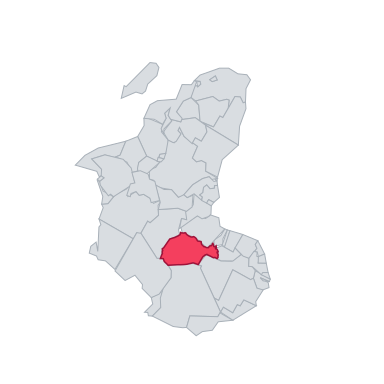 location of Niger within Africa, rotated 210°
{"feature_id": "NER", "entity_name": "Niger", "entity_type": "country or territory", "adm_level": 0, "iso_a3": "NER", "parent_name": "Africa", "parent_adm1": "", "projection": "mercator", "projection_center": [6.366, 17.607], "detail": "fine", "context": "in_parent", "style": "filled", "palette": "rose", "viewbox_px": 384, "rotation_deg": 210, "n_neighbors": 49, "source": "natural_earth", "source_scale": "50m", "svg_char_len": 12887}
<svg xmlns="http://www.w3.org/2000/svg" viewBox="0 0 384 384"><g transform="rotate(210 192 192)"><path d="M249.2,200.4L266.8,212.9L266.7,225.6L270.5,231.8L267.9,233.8L251.3,235.9L248.6,228.8L238.6,225.1L234.9,219.0L234.0,212.3L238.7,208.5L237.5,201.0L249.2,200.4Z" fill="#d9dde1" stroke="#a8b0b8" stroke-width="1"/><path d="M107.3,102.3L107.3,108.0L96.4,107.8L96.5,117.2L93.4,117.5L93.2,124.5L79.4,125.7L92.6,101.3L107.3,102.3Z" fill="#d9dde1" stroke="#a8b0b8" stroke-width="1"/><path d="M234.0,212.3L238.6,225.1L231.9,225.8L230.7,236.8L234.9,238.1L235.2,241.8L226.7,236.2L210.0,234.4L208.6,221.6L203.2,220.4L199.6,224.0L194.4,224.2L190.6,216.9L176.8,216.6L181.5,212.3L184.8,213.8L189.5,209.0L195.0,198.7L198.0,183.3L201.1,180.5L210.9,183.8L221.7,179.7L227.4,179.8L230.9,183.0L235.2,181.9L240.1,189.9L235.7,195.3L234.0,212.3Z" fill="#d9dde1" stroke="#a8b0b8" stroke-width="1"/><path d="M274.7,202.9L272.7,188.0L276.5,183.1L286.0,180.6L295.4,170.5L281.7,166.5L278.0,161.9L279.9,158.8L284.8,162.3L306.5,156.9L303.0,170.3L295.2,183.2L274.7,202.9Z" fill="#d9dde1" stroke="#a8b0b8" stroke-width="1"/><path d="M266.8,212.9L249.2,200.4L252.9,190.9L249.5,183.1L253.8,178.9L263.2,185.3L275.6,184.2L272.7,188.0L274.7,202.9L266.8,212.9Z" fill="#d9dde1" stroke="#a8b0b8" stroke-width="1"/><path d="M218.1,169.8L215.5,168.3L214.4,167.3L214.7,163.5L209.3,155.0L212.9,144.4L215.8,144.6L215.7,129.3L219.5,129.2L219.5,122.1L259.0,122.1L261.1,134.1L264.2,136.3L259.0,139.9L257.0,151.7L250.3,161.7L249.4,168.2L245.3,156.2L240.7,164.4L236.1,162.8L232.7,165.8L225.3,165.6L219.7,162.9L215.8,168.4L218.1,169.8Z" fill="#d9dde1" stroke="#a8b0b8" stroke-width="1"/><path d="M215.6,130.7L215.8,144.6L212.9,144.4L209.3,155.0L212.4,159.9L196.1,170.9L187.1,172.5L182.7,165.3L187.8,163.8L184.8,152.5L181.3,148.9L187.0,141.1L189.2,127.9L185.7,119.0L189.1,117.0L215.6,130.7Z" fill="#d9dde1" stroke="#a8b0b8" stroke-width="1"/><path d="M190.7,296.7L192.3,294.8L197.7,298.4L202.5,296.2L202.5,282.5L205.8,290.1L208.2,289.7L213.9,284.3L221.7,285.1L234.3,272.7L240.1,273.3L242.6,281.0L242.3,286.4L239.6,286.0L238.4,289.8L240.4,291.8L245.6,289.8L243.5,297.3L230.2,312.9L222.1,317.6L211.4,317.3L203.1,321.0L197.4,318.4L196.9,308.5L190.7,296.7ZM232.8,298.1L229.7,297.7L226.2,301.6L229.8,304.2L232.8,298.1Z" fill="#d9dde1" stroke="#a8b0b8" stroke-width="1"/><path d="M232.8,298.1L229.8,304.2L226.2,301.6L229.7,297.7L232.8,298.1Z" fill="#d9dde1" stroke="#a8b0b8" stroke-width="1"/><path d="M240.1,273.3L229.6,270.6L220.4,257.3L226.3,258.0L237.1,249.6L245.6,253.7L245.0,266.4L240.1,273.3Z" fill="#d9dde1" stroke="#a8b0b8" stroke-width="1"/><path d="M234.3,272.7L221.7,285.1L213.9,284.3L208.2,289.7L205.8,290.1L202.5,282.5L202.5,271.9L205.8,271.7L205.9,259.1L220.4,257.3L229.6,270.6L234.3,272.7Z" fill="#d9dde1" stroke="#a8b0b8" stroke-width="1"/><path d="M202.5,271.9L202.5,296.2L197.7,298.4L192.3,294.8L190.7,296.7L186.9,291.1L183.7,272.8L175.3,255.8L219.8,256.8L205.9,259.1L205.8,271.7L202.5,271.9Z" fill="#d9dde1" stroke="#a8b0b8" stroke-width="1"/><path d="M80.6,151.6L77.5,147.7L82.5,141.7L87.7,141.2L95.7,148.0L97.9,155.5L80.7,155.7L80.1,153.1L90.1,151.9L80.6,151.6Z" fill="#d9dde1" stroke="#a8b0b8" stroke-width="1"/><path d="M97.9,155.5L95.7,148.0L97.4,145.4L117.8,145.0L114.7,111.4L119.8,111.3L146.7,130.3L146.8,132.6L150.4,132.2L148.4,144.8L132.7,146.8L122.9,152.0L118.2,162.5L109.5,163.1L105.8,156.0L102.4,157.5L97.9,155.5Z" fill="#d9dde1" stroke="#a8b0b8" stroke-width="1"/><path d="M79.4,125.7L93.2,124.5L93.4,117.5L96.5,117.2L96.4,107.8L107.3,108.0L107.3,102.3L119.8,111.3L114.7,111.4L117.8,145.0L97.4,145.4L95.7,148.0L87.7,141.2L81.4,142.8L82.0,128.9L79.4,125.7Z" fill="#d9dde1" stroke="#a8b0b8" stroke-width="1"/><path d="M145.2,176.4L142.4,176.8L141.8,166.7L138.8,162.2L145.7,156.2L148.9,161.3L145.3,168.8L145.2,176.4Z" fill="#d9dde1" stroke="#a8b0b8" stroke-width="1"/><path d="M145.2,176.4L150.8,151.0L166.3,154.2L179.8,151.6L184.8,156.7L175.4,174.0L167.0,175.8L164.5,181.4L155.9,183.1L150.6,176.3L145.2,176.4Z" fill="#d9dde1" stroke="#a8b0b8" stroke-width="1"/><path d="M184.5,154.1L187.8,163.8L182.7,165.3L187.6,171.6L184.5,181.5L189.3,191.5L168.4,189.7L164.5,182.3L165.4,179.0L169.9,173.8L175.4,174.0L184.5,154.1Z" fill="#d9dde1" stroke="#a8b0b8" stroke-width="1"/><path d="M139.2,160.4L142.4,176.8L139.8,177.5L136.1,161.4L139.2,160.4Z" fill="#d9dde1" stroke="#a8b0b8" stroke-width="1"/><path d="M136.3,160.3L139.8,177.5L126.7,180.6L126.4,160.5L136.3,160.3Z" fill="#d9dde1" stroke="#a8b0b8" stroke-width="1"/><path d="M109.5,163.1L115.6,162.0L126.8,165.0L126.7,180.6L110.6,182.7L111.0,178.2L107.6,175.7L109.5,163.1Z" fill="#d9dde1" stroke="#a8b0b8" stroke-width="1"/><path d="M90.6,155.0L102.4,157.5L105.8,156.0L109.5,163.1L108.7,171.6L105.6,172.8L103.7,168.7L101.2,169.4L99.2,163.6L92.1,167.5L85.8,160.3L90.6,155.0Z" fill="#d9dde1" stroke="#a8b0b8" stroke-width="1"/><path d="M80.7,155.7L90.6,155.0L90.5,157.6L85.8,160.3L80.7,155.7Z" fill="#d9dde1" stroke="#a8b0b8" stroke-width="1"/><path d="M108.1,171.6L107.6,175.7L111.0,178.2L110.6,182.7L98.1,174.6L102.2,169.2L105.6,172.8L108.1,171.6Z" fill="#d9dde1" stroke="#a8b0b8" stroke-width="1"/><path d="M92.1,167.5L99.2,163.6L102.2,169.2L98.1,174.6L92.1,167.5Z" fill="#d9dde1" stroke="#a8b0b8" stroke-width="1"/><path d="M118.2,162.5L122.0,152.8L132.7,146.8L137.5,147.0L139.6,154.1L143.5,154.9L139.2,160.4L126.4,160.5L126.8,165.0L118.2,162.5Z" fill="#d9dde1" stroke="#a8b0b8" stroke-width="1"/><path d="M227.4,179.8L217.5,180.2L210.9,183.8L201.1,180.5L197.7,185.6L193.3,184.8L189.6,189.7L184.4,179.1L187.1,172.5L196.1,170.9L212.4,159.9L214.4,167.3L227.4,179.8Z" fill="#d9dde1" stroke="#a8b0b8" stroke-width="1"/><path d="M197.7,185.6L195.0,198.7L189.5,209.0L184.8,213.8L178.3,212.1L175.9,214.1L173.2,210.5L175.7,208.7L174.5,206.5L178.1,203.8L182.8,205.5L184.3,201.7L182.3,197.1L183.8,193.3L180.5,192.9L179.8,189.7L189.3,191.5L193.3,184.8L197.7,185.6Z" fill="#d9dde1" stroke="#a8b0b8" stroke-width="1"/><path d="M173.8,189.7L179.4,189.5L180.5,192.9L183.8,193.3L182.3,197.1L184.3,201.7L182.8,205.5L178.1,203.8L174.5,206.5L175.7,208.7L173.2,210.5L165.5,201.0L167.9,193.9L173.8,193.7L173.8,189.7Z" fill="#d9dde1" stroke="#a8b0b8" stroke-width="1"/><path d="M168.4,189.7L173.8,189.7L173.8,193.7L167.9,193.9L168.4,189.7Z" fill="#d9dde1" stroke="#a8b0b8" stroke-width="1"/><path d="M238.6,225.1L246.9,229.6L245.1,243.4L246.9,244.3L236.8,247.1L237.1,249.6L226.3,258.0L213.6,256.6L209.1,251.5L209.3,240.6L216.2,240.6L215.9,233.9L226.7,236.2L235.2,241.8L234.9,238.1L230.7,236.8L231.0,227.9L232.8,225.4L238.6,225.1Z" fill="#d9dde1" stroke="#a8b0b8" stroke-width="1"/><path d="M245.3,228.1L250.4,231.3L251.3,242.9L255.1,246.5L252.9,254.0L251.0,246.5L245.1,243.4L247.8,232.5L245.3,228.1Z" fill="#d9dde1" stroke="#a8b0b8" stroke-width="1"/><path d="M251.3,235.9L261.0,236.1L270.5,231.8L272.0,246.7L267.6,253.8L252.1,264.5L254.3,280.1L246.2,284.6L245.6,289.8L243.1,289.7L240.1,273.3L245.0,266.4L245.6,253.7L237.3,250.8L236.8,247.1L246.9,244.3L251.0,246.5L252.9,254.0L255.1,246.5L251.3,242.9L251.3,235.9Z" fill="#d9dde1" stroke="#a8b0b8" stroke-width="1"/><path d="M243.1,289.7L240.4,291.8L238.4,289.8L239.6,286.0L243.1,289.7Z" fill="#d9dde1" stroke="#a8b0b8" stroke-width="1"/><path d="M175.9,214.1L178.3,213.9L176.8,216.6L175.9,214.1ZM177.3,217.6L190.6,216.9L194.4,224.2L199.6,224.0L203.2,220.4L208.6,221.6L210.0,234.4L216.2,234.9L216.2,240.6L209.3,240.6L209.1,251.5L213.6,256.6L175.3,255.8L182.0,235.1L177.3,217.6Z" fill="#d9dde1" stroke="#a8b0b8" stroke-width="1"/><path d="M237.7,205.3L238.7,208.5L234.0,212.3L232.9,206.7L237.7,205.3Z" fill="#d9dde1" stroke="#a8b0b8" stroke-width="1"/><path d="M300.1,237.7L304.0,250.2L301.7,250.3L293.1,283.1L287.5,285.5L282.9,283.3L280.6,275.2L284.3,263.3L282.7,256.2L284.3,252.0L290.5,250.5L300.1,237.7Z" fill="#d9dde1" stroke="#a8b0b8" stroke-width="1"/><path d="M80.1,153.1L86.0,150.6L90.1,151.9L80.1,153.1Z" fill="#d9dde1" stroke="#a8b0b8" stroke-width="1"/><path d="M167.8,91.3L161.3,76.3L164.3,64.7L167.9,63.0L170.1,65.6L173.0,64.1L170.0,75.4L174.5,80.2L167.8,91.3Z" fill="#d9dde1" stroke="#a8b0b8" stroke-width="1"/><path d="M107.3,102.3L107.3,96.9L131.9,83.6L129.0,72.0L132.2,69.8L141.1,66.1L164.3,64.7L161.3,76.3L166.4,84.3L168.9,94.6L167.3,107.2L170.6,113.5L176.2,116.8L155.1,130.7L146.8,132.6L146.7,130.3L107.3,102.3Z" fill="#d9dde1" stroke="#a8b0b8" stroke-width="1"/><path d="M257.6,148.7L259.0,139.9L264.2,136.3L267.0,143.5L279.7,154.6L277.3,155.2L269.5,148.4L257.6,148.7Z" fill="#d9dde1" stroke="#a8b0b8" stroke-width="1"/><path d="M92.6,101.3L104.4,92.7L105.3,82.4L113.2,76.3L116.5,69.6L129.0,72.0L131.9,83.6L107.3,96.9L107.4,101.3L92.6,101.3Z" fill="#d9dde1" stroke="#a8b0b8" stroke-width="1"/><path d="M259.0,122.1L219.5,122.1L220.0,86.4L232.5,89.1L239.4,86.4L242.7,88.8L250.4,87.7L252.5,94.4L250.0,100.7L243.9,93.4L255.1,115.2L254.6,118.1L259.0,122.1Z" fill="#d9dde1" stroke="#a8b0b8" stroke-width="1"/><path d="M219.2,85.1L219.5,129.2L215.6,130.7L189.1,117.0L183.3,120.4L170.6,113.5L167.3,107.2L169.4,87.1L174.5,80.2L187.0,83.6L188.6,87.1L199.8,91.4L205.7,81.9L219.2,85.1Z" fill="#d9dde1" stroke="#a8b0b8" stroke-width="1"/><path d="M295.4,170.5L286.0,180.6L268.0,185.9L256.7,182.4L246.0,171.3L257.6,148.7L261.4,149.4L262.5,146.9L274.8,152.0L277.3,155.2L275.3,160.2L278.7,160.6L281.7,166.5L295.4,170.5Z" fill="#d9dde1" stroke="#a8b0b8" stroke-width="1"/><path d="M277.3,155.2L280.5,155.7L278.7,160.6L275.3,160.2L277.3,155.2Z" fill="#d9dde1" stroke="#a8b0b8" stroke-width="1"/><path d="M249.2,200.4L234.8,201.7L240.3,184.7L249.5,183.1L251.1,185.4L252.9,190.9L249.2,200.4Z" fill="#d9dde1" stroke="#a8b0b8" stroke-width="1"/><path d="M237.5,201.0L238.7,204.9L232.9,206.7L233.8,202.7L237.5,201.0Z" fill="#d9dde1" stroke="#a8b0b8" stroke-width="1"/><path d="M238.9,185.6L235.2,181.9L229.4,182.6L215.8,168.4L222.1,162.4L225.3,165.6L232.7,165.8L236.1,162.8L240.7,164.4L244.1,160.1L243.1,157.1L246.8,156.4L249.4,168.2L246.0,171.3L253.8,178.9L247.4,184.6L238.9,185.6Z" fill="#d9dde1" stroke="#a8b0b8" stroke-width="1"/><path d="M181.6,151.2L181.0,151.2L180.6,151.3L180.2,151.6L179.7,151.8L179.1,152.1L178.7,152.3L178.4,152.5L177.9,152.9L177.7,153.3L177.3,153.3L176.6,153.3L176.2,152.9L175.2,152.6L174.5,152.4L174.2,152.4L172.7,152.3L171.1,152.5L170.3,152.6L170.2,152.7L169.7,152.9L169.3,153.1L168.3,154.2L166.9,154.2L166.1,154.1L165.4,153.9L164.4,153.4L163.2,152.6L162.7,152.5L162.3,152.4L162.2,152.4L160.7,153.2L160.1,153.3L159.9,153.5L159.7,153.6L159.3,153.6L159.1,153.4L158.9,153.2L158.3,152.3L158.2,152.2L157.9,151.9L157.5,151.5L157.2,151.3L156.8,151.3L155.7,151.0L154.5,150.6L154.3,150.6L154.1,150.7L153.7,151.0L153.2,151.0L152.6,151.0L152.3,151.0L151.8,151.1L151.4,151.2L151.0,151.4L150.4,151.9L150.2,151.9L150.0,152.0L149.8,153.4L149.7,153.8L149.4,154.4L148.8,154.9L148.4,155.2L148.4,155.6L148.3,156.3L148.3,156.8L148.4,157.1L148.3,157.3L148.3,157.6L148.4,157.8L148.2,158.0L148.0,157.7L147.7,157.5L147.4,157.4L147.2,157.3L147.1,157.0L146.7,156.6L145.8,155.7L145.7,155.7L145.3,155.8L145.2,155.9L145.1,156.0L144.9,156.0L144.5,156.1L144.1,156.2L144.1,156.4L144.3,157.0L144.2,157.4L144.0,157.2L143.5,156.5L143.2,156.1L143.1,155.9L143.1,155.7L143.3,155.7L143.6,155.6L143.7,155.4L143.6,155.2L143.4,154.8L143.2,154.6L142.8,154.6L142.4,154.9L142.2,154.9L141.8,154.9L141.4,154.8L141.2,154.7L140.6,154.2L139.9,153.6L139.6,153.5L139.5,153.4L139.5,153.0L139.5,152.5L139.5,152.3L139.8,152.4L140.1,152.5L140.2,152.4L140.0,152.2L139.6,152.0L139.5,151.7L139.4,151.6L139.2,151.5L139.0,151.4L138.9,151.4L138.7,151.3L138.5,151.2L138.3,151.2L138.0,150.7L137.7,150.3L137.5,149.9L137.4,149.7L137.5,149.3L137.4,149.2L137.1,148.8L136.8,148.5L136.9,147.9L136.9,147.5L136.9,147.2L137.0,147.0L137.0,146.9L137.7,146.8L138.6,146.9L139.4,146.8L140.0,146.3L140.6,145.8L141.5,145.7L142.4,145.7L143.2,145.7L144.3,145.6L145.2,145.6L146.2,145.5L146.3,145.3L147.2,145.4L147.9,145.5L148.0,145.1L148.6,144.5L148.9,144.4L149.0,144.3L149.1,144.1L149.2,143.8L149.2,143.6L149.4,143.5L149.5,143.1L149.6,142.6L150.0,142.0L150.2,141.3L150.2,140.5L150.2,139.9L150.3,139.8L150.3,138.8L150.3,137.8L150.3,136.9L150.3,135.8L150.3,134.9L150.3,133.8L150.3,132.9L150.3,132.3L151.0,132.1L151.8,132.0L152.9,131.8L154.1,131.5L155.4,131.3L155.7,131.1L156.7,130.2L157.1,129.8L158.0,129.0L158.7,128.4L159.5,127.6L160.4,126.8L161.2,126.2L162.3,125.4L164.0,124.3L165.7,123.2L167.5,122.2L169.2,121.1L170.9,120.0L172.6,118.9L174.4,117.7L176.1,116.6L177.8,117.1L179.5,117.5L181.1,117.9L181.5,118.1L182.4,118.9L183.5,119.9L184.7,119.3L186.1,118.5L186.5,120.6L186.8,122.4L186.8,123.5L186.8,123.8L186.9,124.0L187.2,124.2L188.2,125.9L188.0,126.1L188.1,126.7L188.4,126.9L189.3,127.8L189.4,128.0L188.7,129.3L188.6,129.6L188.5,131.0L188.4,132.1L188.3,133.5L188.2,135.1L188.1,136.5L187.9,138.4L187.8,140.1L186.9,141.1L185.4,142.8L184.1,144.1L183.5,145.1L182.2,146.8L181.7,148.0L181.2,148.6L181.0,148.9L181.2,149.7L181.6,151.2Z" fill="#f43f5e" stroke="#9f1239" stroke-width="1.5"/></g></svg>